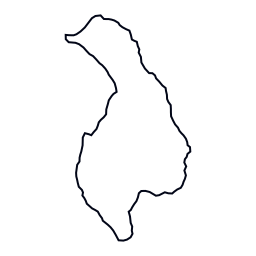 outline of Santa Rita d'Oeste, São Paulo, Brazil
{"feature_id": "56859067B69160631220065", "entity_name": "Santa Rita d'Oeste", "entity_type": "district", "adm_level": 2, "iso_a3": "BRA", "parent_name": "Brazil", "parent_adm1": "São Paulo", "projection": "albers", "projection_center": [-50.816, -20.093], "detail": "fine", "context": "isolated", "style": "outline", "palette": "ink", "viewbox_px": 256, "rotation_deg": 0, "n_neighbors": 0, "source": "geoboundaries", "source_scale": "gbopen_adm2", "svg_char_len": 1878}
<svg xmlns="http://www.w3.org/2000/svg" viewBox="0 0 256 256"><path d="M65.7,34.9L65.8,39.2L68.7,42.2L75.5,42.8L79.1,44.2L83.5,47.5L86.3,50.7L89.5,54.1L93.1,56.1L96.2,59.4L99.5,63.2L102.2,65.2L105.3,68.6L107.7,72.2L108.7,74.6L112.7,80.0L114.7,83.3L116.0,88.1L116.6,91.9L113.5,93.9L111.6,96.1L108.8,100.3L107.9,103.9L106.3,109.4L106.1,114.3L103.7,117.3L100.9,119.8L98.8,122.3L97.8,125.7L96.5,129.0L93.6,132.2L91.3,135.2L88.8,134.2L84.9,133.2L82.8,137.5L82.6,145.3L81.3,151.5L80.3,154.6L79.6,157.7L79.5,161.5L77.2,164.8L76.1,172.8L76.3,176.4L77.1,179.6L77.8,183.0L78.8,186.8L81.9,189.9L83.0,192.5L82.4,195.5L84.2,197.9L85.8,200.9L86.8,203.7L90.1,206.6L92.1,208.4L95.0,209.9L97.8,211.6L99.7,215.1L102.0,218.2L102.8,220.7L107.8,224.7L110.6,227.3L113.2,230.5L115.7,234.8L118.6,240.3L123.4,240.6L127.0,239.6L130.6,237.3L132.5,233.8L131.8,230.6L132.2,226.5L130.7,222.9L130.0,216.4L128.7,211.7L130.8,210.0L132.2,207.3L134.2,204.1L136.4,201.2L137.9,197.4L138.9,193.2L141.3,191.0L145.4,190.9L149.7,192.0L155.9,195.7L159.1,195.2L164.8,192.3L168.4,193.3L172.2,193.5L174.2,191.7L177.2,189.5L180.8,187.8L182.6,184.8L183.6,181.7L184.9,178.9L185.9,175.4L184.4,170.5L186.2,166.4L184.3,162.5L184.9,159.2L186.7,156.9L187.5,153.9L190.3,151.6L190.0,147.1L187.6,145.2L187.2,142.1L185.9,138.7L183.5,135.3L181.3,133.1L179.4,130.8L178.0,127.7L175.1,124.4L173.2,120.8L171.1,116.3L170.9,112.2L170.9,109.0L170.7,105.1L168.4,102.0L167.1,99.0L166.9,94.8L166.0,90.9L165.6,88.0L162.4,85.5L159.2,81.6L156.1,78.4L155.0,75.4L152.4,73.2L149.1,73.1L147.0,70.8L144.9,68.5L141.4,62.5L140.9,56.9L138.7,52.6L139.3,49.4L137.8,46.1L136.8,41.8L134.3,40.8L131.9,39.5L130.8,34.6L129.4,30.6L126.1,29.2L122.4,27.2L119.7,25.1L118.3,22.8L114.4,20.5L111.5,19.6L108.8,19.1L103.9,19.0L100.6,15.4L95.4,16.0L91.9,18.2L84.8,27.5L80.5,31.5L76.4,34.3L73.6,35.3L69.0,35.2L65.7,34.9Z" fill="none" stroke="#020617" stroke-width="2"/></svg>